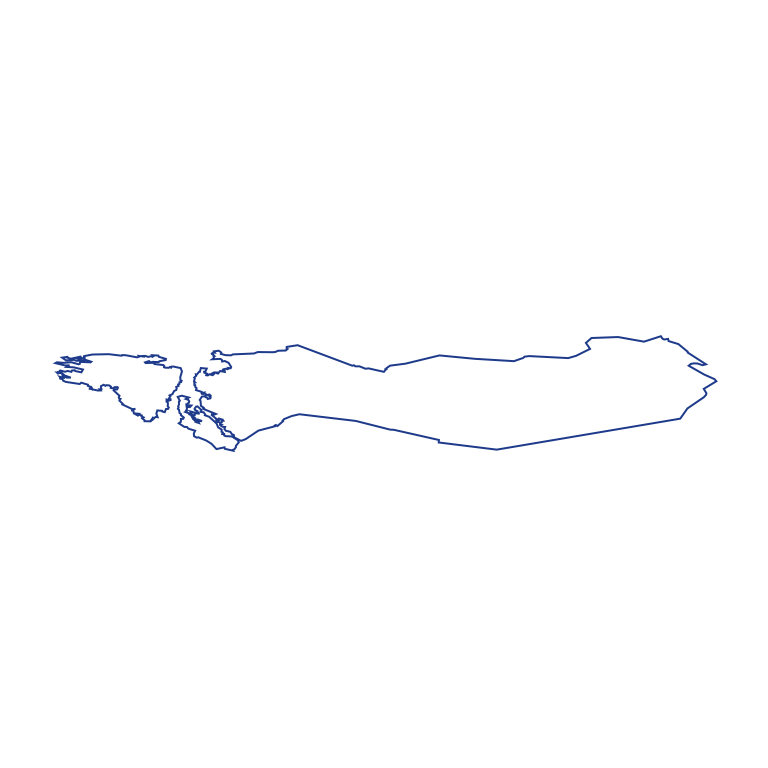 Fosnes nor, Nord-Trøndelag, Norway, rotated 9°
{"feature_id": "86288312B47983318016023", "entity_name": "Fosnes nor", "entity_type": "district", "adm_level": 2, "iso_a3": "NOR", "parent_name": "Norway", "parent_adm1": "Nord-Trøndelag", "projection": "equal_earth", "projection_center": [11.532, 64.704], "detail": "fine", "context": "isolated", "style": "outline", "palette": "blue", "viewbox_px": 768, "rotation_deg": 9, "n_neighbors": 0, "source": "geoboundaries", "source_scale": "gbopen_adm2", "svg_char_len": 6096}
<svg xmlns="http://www.w3.org/2000/svg" viewBox="0 0 768 768"><g transform="rotate(9 384 384)"><path d="M292.6,359.2L282.1,362.6L282.3,364.4L283.2,364.6L281.7,366.3L273.9,367.8L271.9,369.3L269.2,370.0L254.3,372.2L250.8,374.2L230.1,378.4L228.5,379.6L222.9,380.3L218.2,379.8L218.5,378.7L217.8,378.0L215.5,377.0L210.9,378.4L211.9,379.5L210.8,379.5L208.5,381.4L210.0,381.0L211.7,382.5L211.0,382.5L212.0,385.0L210.6,386.4L218.5,384.8L220.1,385.5L220.6,387.1L223.2,386.2L227.2,387.4L230.4,391.1L230.1,392.4L227.9,392.5L228.4,393.0L227.0,393.9L225.6,393.6L222.9,394.7L222.6,395.4L224.5,395.8L224.9,397.0L220.1,396.8L218.4,399.7L217.3,399.5L217.4,398.8L214.4,399.1L212.8,400.3L214.3,400.4L213.1,401.6L213.8,401.6L213.4,402.1L210.1,401.7L208.6,403.1L207.1,403.1L207.6,401.5L204.7,400.9L204.4,400.0L205.7,399.5L206.5,396.5L200.6,396.9L200.2,400.8L199.5,400.8L197.4,404.3L196.7,404.1L197.1,405.4L195.5,407.4L196.3,408.2L195.9,411.0L197.1,411.9L196.4,412.1L196.9,414.7L197.7,414.7L198.2,416.7L199.5,417.4L199.3,419.4L205.9,420.4L204.9,420.7L205.2,421.4L207.5,420.7L206.7,422.1L209.3,421.5L209.9,422.9L213.3,421.7L214.4,422.6L213.6,423.0L215.4,423.0L213.6,423.5L214.9,424.8L214.5,425.5L212.2,426.3L211.6,425.1L209.8,424.9L209.5,423.8L206.1,425.0L204.5,428.6L205.5,429.5L206.6,434.2L209.6,435.6L210.3,436.4L209.2,436.3L209.5,436.9L222.6,439.9L220.6,441.1L218.8,440.9L218.7,441.6L223.8,444.6L224.0,446.2L225.5,446.9L225.2,447.6L226.6,447.4L226.7,446.0L225.3,445.1L226.3,443.9L230.3,444.5L231.1,445.4L229.3,445.9L229.7,447.1L228.0,448.2L228.4,449.6L229.9,449.6L229.1,450.5L231.2,451.5L233.8,451.3L233.4,453.4L235.0,454.9L239.7,455.3L241.8,457.5L243.6,457.8L244.5,460.2L251.8,462.5L256.1,460.0L267.2,449.7L282.9,442.8L282.5,442.2L283.6,441.4L285.3,442.2L290.1,436.6L289.6,436.1L290.8,434.3L297.8,430.1L305.2,427.1L361.9,424.9L397.3,428.1L400.9,427.7L447.0,430.7L447.2,433.2L505.6,431.2L682.0,371.9L687.5,360.7L702.0,347.0L703.8,344.3L703.9,342.7L700.6,338.8L711.8,329.3L709.7,327.5L698.9,324.6L682.1,318.3L683.9,316.2L686.6,315.2L690.4,314.7L695.6,315.6L698.9,314.2L679.0,305.4L678.9,304.6L668.5,298.5L658.4,297.1L657.5,295.0L653.9,296.2L652.0,295.7L650.0,293.5L634.2,301.5L607.9,301.0L581.8,306.1L577.0,311.8L582.0,317.1L569.2,326.2L561.9,329.6L523.2,333.7L518.6,335.0L517.4,336.5L508.8,341.1L470.0,344.9L434.3,347.1L401.9,360.6L387.2,364.9L384.0,367.9L384.2,368.9L383.0,369.2L383.2,370.0L382.0,372.0L366.4,371.0L363.2,371.8L357.1,370.4L352.9,371.0L351.3,370.2L349.9,370.9L292.6,359.2ZM156.7,391.2L151.9,391.7L152.6,392.0L151.0,393.4L149.9,392.9L146.9,394.1L144.0,393.6L141.7,394.0L142.1,394.5L137.3,394.6L137.9,395.3L136.0,396.3L124.6,396.0L120.9,396.4L120.4,397.1L107.5,397.6L91.4,400.5L83.4,403.4L83.3,404.8L85.1,405.4L81.8,405.7L79.8,407.2L77.3,406.8L80.8,404.1L70.9,408.0L66.9,407.5L66.9,406.8L62.0,408.3L66.3,410.4L74.2,408.6L76.3,409.2L80.8,408.4L85.7,406.9L91.4,407.8L90.8,408.5L80.4,409.7L80.4,411.6L79.4,412.3L71.8,411.4L63.9,413.3L57.6,413.7L56.2,414.8L66.3,415.6L70.4,414.7L68.0,416.8L74.7,416.1L84.4,416.8L83.3,419.8L77.0,419.5L76.4,418.8L73.7,419.5L73.3,420.9L69.6,420.6L66.9,421.8L62.9,421.4L63.2,422.0L62.5,422.0L63.5,423.0L60.2,423.2L60.5,424.0L59.4,424.0L60.4,424.7L61.2,423.9L64.2,423.7L67.4,425.6L73.7,426.7L69.8,427.3L65.5,426.3L66.5,427.9L62.8,427.6L64.2,428.7L63.1,428.7L63.4,429.4L65.6,429.4L66.6,430.9L69.5,431.7L83.5,431.6L84.7,430.1L85.8,430.2L91.7,431.0L91.9,432.2L95.2,432.7L96.1,433.6L96.2,434.7L95.5,434.3L93.2,434.7L102.4,435.2L105.0,434.7L104.0,433.8L106.6,433.5L105.1,433.1L104.8,430.4L107.3,428.6L109.1,429.4L109.9,428.6L112.9,428.4L114.8,429.4L114.7,430.6L116.0,430.7L117.5,430.5L118.3,429.3L121.3,428.8L121.8,429.5L121.1,431.2L118.5,431.4L117.9,432.6L124.6,437.0L124.1,438.5L124.9,440.0L126.0,440.0L125.3,441.8L129.3,444.6L128.9,445.2L139.4,448.2L142.4,447.4L139.3,448.7L139.3,449.6L140.7,449.6L141.5,452.1L145.7,451.8L144.0,453.0L145.9,453.7L147.1,452.6L149.7,453.0L149.6,454.0L151.8,454.6L150.6,455.8L153.0,457.1L153.3,458.2L159.3,457.4L160.9,455.6L159.9,455.6L161.0,453.7L160.1,453.3L162.5,453.5L163.7,452.2L165.6,452.2L163.8,448.8L164.2,445.6L169.1,445.2L169.4,445.9L171.9,446.1L172.6,442.8L174.6,442.4L175.1,440.9L173.9,439.9L173.6,436.9L173.1,435.7L172.0,435.5L171.7,433.4L174.0,434.1L175.7,433.3L175.6,432.4L173.8,432.0L174.9,429.5L174.0,428.8L176.6,427.1L177.8,423.7L179.7,422.5L180.0,421.1L179.2,419.5L181.4,418.0L180.7,416.7L181.9,415.9L181.7,414.3L183.3,413.8L183.6,412.5L182.4,412.2L181.7,409.1L182.5,403.3L180.7,400.1L173.0,399.7L171.5,400.1L171.1,401.2L170.0,400.6L168.8,401.7L165.1,402.1L164.0,401.8L164.1,400.5L163.1,399.8L154.2,400.2L153.5,399.3L152.0,399.3L145.3,400.6L144.6,400.0L148.4,398.1L149.8,399.2L152.5,398.2L154.2,399.1L154.0,398.1L158.1,397.6L158.5,396.7L164.6,394.5L164.7,393.3L157.4,392.4L156.7,391.2ZM249.7,464.3L248.4,462.4L242.0,459.6L235.6,460.3L234.2,459.8L234.0,458.4L232.1,458.7L232.4,457.1L231.0,456.6L230.8,454.4L227.0,452.8L224.8,449.2L216.4,443.7L212.0,442.9L212.2,442.1L210.4,440.2L206.3,440.2L207.6,439.7L207.8,438.3L203.4,435.3L201.9,435.8L200.8,438.0L201.1,439.0L203.8,440.0L203.3,440.8L204.8,441.2L205.1,442.1L206.7,442.1L202.8,442.4L202.0,442.9L201.9,444.5L201.2,444.5L201.8,441.9L197.0,441.4L201.2,446.6L203.3,447.5L204.2,450.4L206.0,450.6L206.3,449.7L205.2,449.7L205.7,448.2L210.0,449.1L207.4,449.6L206.8,450.8L207.3,451.5L203.6,450.9L203.0,449.3L202.3,449.3L202.2,447.5L201.0,447.0L201.3,448.2L202.0,448.2L200.9,448.4L198.2,444.8L196.4,444.4L196.5,443.5L192.1,442.7L193.3,441.5L192.6,441.5L193.3,439.4L192.3,436.2L194.0,437.3L195.9,437.2L197.1,435.4L193.0,435.7L192.8,434.1L194.2,433.1L194.3,431.5L193.1,430.2L190.7,429.8L193.3,427.9L186.0,427.2L182.3,429.0L185.0,432.5L184.2,433.4L184.7,436.2L184.2,438.4L184.8,439.3L184.3,440.8L185.6,441.6L186.6,444.6L188.2,445.5L188.3,446.6L191.5,448.4L191.2,449.8L188.9,450.3L189.3,453.1L187.5,454.9L193.5,457.6L196.1,457.3L197.8,458.7L204.8,459.7L203.9,462.6L204.5,465.2L207.4,466.3L208.9,465.7L217.2,467.6L223.1,470.1L228.7,474.5L236.4,471.5L236.9,472.9L245.4,473.5L244.8,472.8L246.4,472.0L247.6,469.6L247.4,468.3L249.7,464.3Z" fill="none" stroke="#1e3a8a" stroke-width="2"/></g></svg>